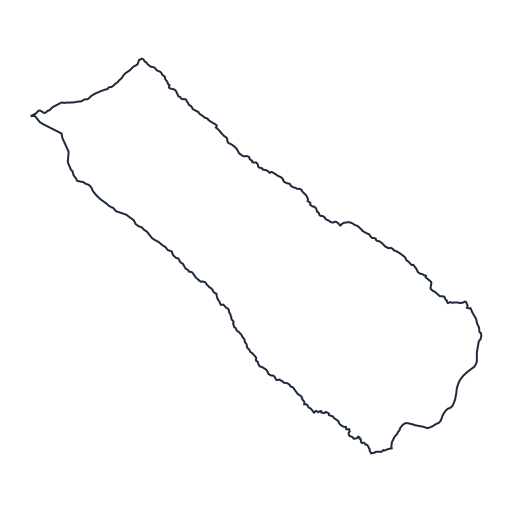 Brasilândia, Mato Grosso do Sul, Brazil
{"feature_id": "56859067B25661728883389", "entity_name": "Brasilândia", "entity_type": "district", "adm_level": 2, "iso_a3": "BRA", "parent_name": "Brazil", "parent_adm1": "Mato Grosso do Sul", "projection": "albers", "projection_center": [-52.472, -21.061], "detail": "fine", "context": "isolated", "style": "outline", "palette": "slate", "viewbox_px": 512, "rotation_deg": 0, "n_neighbors": 0, "source": "geoboundaries", "source_scale": "gbopen_adm2", "svg_char_len": 6018}
<svg xmlns="http://www.w3.org/2000/svg" viewBox="0 0 512 512"><path d="M476.9,360.4L476.8,353.1L477.5,348.7L478.8,341.2L480.4,339.5L481.1,337.2L481.3,335.2L481.0,333.2L479.5,332.1L479.0,327.6L477.1,323.5L476.1,318.9L472.6,313.0L470.5,308.2L468.5,308.3L467.0,307.8L467.6,305.5L466.0,301.9L464.5,301.6L463.5,302.4L462.1,302.8L459.7,303.0L457.0,302.4L451.6,302.7L450.2,302.1L448.0,303.1L447.0,301.9L446.7,300.3L445.5,299.6L444.6,297.1L443.6,296.4L442.5,296.5L441.5,296.2L439.9,296.2L434.9,291.8L433.2,291.1L430.6,288.9L430.7,286.3L431.4,283.4L431.1,281.9L425.6,277.2L426.0,275.7L423.9,275.2L422.6,274.2L420.3,273.7L418.7,272.7L417.8,271.9L416.4,268.9L413.4,264.9L411.9,265.0L410.9,264.4L408.9,262.0L406.4,260.3L405.4,257.9L404.5,256.8L399.9,253.3L395.9,251.0L393.8,250.4L393.0,249.1L391.0,247.8L389.4,248.2L387.9,248.0L386.6,247.0L385.4,246.7L381.6,242.7L378.8,241.1L377.0,240.9L375.9,239.8L375.7,238.6L373.9,238.0L372.8,238.1L371.8,237.7L370.5,236.4L369.2,234.3L366.6,233.3L362.5,230.9L361.8,229.8L357.6,226.0L354.4,224.8L353.2,223.8L350.1,222.4L347.9,222.2L343.6,222.9L341.5,224.2L341.0,225.2L339.9,225.4L338.3,223.3L337.1,222.4L336.1,221.9L334.6,221.7L333.5,222.5L332.5,222.6L329.9,221.7L328.9,220.6L327.1,220.0L325.5,218.9L324.7,217.4L323.7,216.7L322.6,216.0L320.8,215.9L319.6,215.3L318.9,213.2L318.2,212.3L317.0,211.7L316.4,209.0L315.5,207.8L314.2,206.6L312.6,206.5L310.2,204.8L310.3,202.7L307.6,201.1L308.0,199.5L307.6,198.0L306.8,196.9L306.6,195.8L302.3,191.5L301.6,190.1L300.7,189.2L299.3,188.9L297.1,188.8L295.1,187.7L293.9,187.5L291.3,186.3L289.7,183.8L286.8,183.2L284.1,181.8L283.1,180.2L282.7,178.7L281.6,177.7L280.0,176.7L278.5,176.2L272.6,172.3L271.0,172.0L269.7,172.9L267.5,170.8L266.3,170.2L262.8,169.6L262.1,168.3L259.0,167.5L258.1,166.5L257.9,164.9L257.3,163.7L256.4,162.6L255.2,162.4L253.6,162.6L252.1,161.9L252.1,160.7L249.8,159.3L249.1,157.1L247.7,156.3L246.5,156.0L245.2,156.4L242.9,156.0L241.7,155.3L240.7,154.3L239.3,153.6L236.8,149.0L234.7,146.8L231.8,144.6L228.2,142.8L227.6,141.7L226.9,137.9L224.0,135.9L220.9,132.7L220.0,131.3L217.2,128.5L215.9,127.6L216.8,126.0L216.3,124.9L211.0,121.8L208.1,119.7L207.6,118.6L204.8,117.8L203.9,116.8L199.1,113.5L198.6,112.2L192.8,109.1L191.2,106.1L189.7,105.4L188.6,104.4L188.0,102.8L186.9,101.5L186.3,99.9L185.3,99.2L182.1,99.1L181.0,98.3L180.1,97.0L178.4,96.3L176.1,91.2L175.1,90.1L173.9,89.3L169.6,88.3L168.9,87.0L169.5,85.1L168.2,84.3L167.2,81.6L165.3,79.4L164.8,76.7L162.2,74.7L161.3,72.9L160.0,71.6L157.4,70.7L156.6,70.1L155.6,68.7L154.3,67.6L152.7,67.0L151.0,66.8L149.9,66.1L147.6,64.2L146.1,62.2L144.8,61.6L143.9,60.1L142.8,59.0L141.6,58.7L140.4,59.5L139.1,59.9L137.7,64.0L136.7,65.0L133.2,66.8L129.7,70.4L125.7,73.0L123.5,75.3L121.6,78.2L119.1,80.4L117.6,82.3L115.1,83.9L113.8,85.3L111.4,87.1L109.3,87.1L108.2,88.0L107.5,89.1L104.7,89.7L99.2,91.8L98.2,92.4L96.2,93.0L91.6,95.7L88.5,98.6L87.6,99.1L86.6,99.4L85.4,99.3L83.9,99.7L82.5,100.7L80.6,101.5L77.6,101.6L74.0,102.4L65.3,102.7L64.1,103.0L62.6,102.5L61.4,102.6L52.6,107.2L49.3,110.4L47.7,110.8L45.4,112.8L44.0,112.9L40.0,110.5L38.5,110.7L36.1,113.3L30.7,116.1L34.9,115.9L39.6,121.9L42.2,123.7L61.5,133.5L62.4,138.1L68.4,151.2L68.6,152.9L67.8,161.7L68.2,163.2L70.7,169.2L71.5,170.5L72.4,171.0L73.6,175.3L76.0,178.4L76.5,179.8L77.5,181.0L83.4,182.1L85.7,183.8L87.7,184.4L89.3,185.2L91.2,187.3L92.7,190.7L93.6,192.0L96.7,195.7L100.0,198.9L106.2,203.4L108.8,205.7L111.6,207.4L113.0,207.7L116.0,211.2L126.1,214.6L133.7,220.2L135.7,224.1L137.3,225.4L139.2,226.5L141.6,227.3L144.4,230.1L146.7,231.4L152.0,238.1L154.3,239.7L158.8,242.1L161.8,244.7L163.8,246.2L165.4,246.9L167.3,249.6L168.4,250.3L171.2,251.2L172.0,251.8L172.7,254.5L173.5,255.5L175.5,257.5L176.6,258.1L178.0,258.3L179.0,259.6L180.3,262.2L182.9,263.9L185.5,268.4L186.4,269.2L187.5,269.7L188.5,270.5L188.8,271.6L191.2,272.0L192.4,272.6L195.8,277.5L199.7,280.9L201.3,281.9L202.6,281.4L204.9,282.1L205.9,283.0L206.5,284.3L209.6,287.4L210.9,288.1L212.4,289.6L213.2,291.3L214.1,292.5L216.5,293.8L216.5,295.2L217.6,299.0L219.6,301.9L220.0,303.4L220.8,304.8L223.2,304.6L224.9,306.2L225.7,307.4L227.7,308.5L228.7,309.6L229.2,312.4L230.5,314.4L230.6,315.8L231.3,317.1L231.3,318.6L231.8,319.7L233.1,320.8L233.6,322.2L233.1,323.7L234.3,327.2L235.5,327.8L236.9,330.7L239.0,332.2L241.4,334.8L242.5,337.1L244.3,339.1L245.2,342.6L246.2,343.6L246.7,344.7L247.0,347.1L247.7,348.3L248.6,348.9L249.6,350.3L250.2,351.8L252.3,353.2L255.5,356.8L256.3,358.0L255.9,359.3L256.2,360.9L257.7,361.7L258.5,364.5L259.7,366.4L262.0,367.0L265.8,369.4L267.5,371.4L268.1,373.4L269.3,374.5L270.5,375.3L273.2,375.6L274.3,376.4L276.4,380.0L277.5,380.1L279.7,379.5L280.6,380.6L282.0,380.8L282.9,381.9L283.9,382.7L287.3,383.2L289.6,384.7L290.3,386.3L292.9,387.3L297.7,394.0L301.0,396.1L302.3,398.2L302.2,399.3L304.0,401.4L304.5,402.8L304.2,404.3L305.4,404.2L307.0,404.7L308.5,407.2L309.4,408.0L310.6,408.4L314.0,412.6L316.0,410.9L318.4,412.2L319.7,411.3L321.1,411.1L321.3,412.5L324.4,413.1L325.8,411.9L328.1,413.0L329.1,413.8L328.9,415.0L330.1,415.6L332.7,416.3L333.7,417.8L338.5,421.3L338.9,422.9L340.0,424.4L342.3,426.1L343.6,426.7L345.9,427.0L346.2,429.2L347.4,429.4L349.0,429.1L349.7,431.5L348.7,432.7L348.8,434.6L349.3,435.8L352.3,437.0L353.1,437.7L353.6,438.7L355.4,438.6L357.1,438.0L358.2,436.6L359.5,437.3L359.5,438.7L360.6,438.9L361.1,442.1L361.9,443.0L363.8,442.7L364.7,443.3L365.5,444.5L367.2,445.0L368.3,446.5L368.7,447.8L369.7,449.2L369.6,450.5L371.1,453.3L374.8,452.6L376.0,451.7L381.3,451.8L382.6,451.0L383.3,450.1L384.4,450.5L389.0,448.8L391.7,448.4L391.4,446.2L391.8,442.5L394.1,437.7L395.1,436.1L396.9,434.3L397.8,432.4L399.6,430.0L400.4,427.6L402.4,425.2L404.5,423.6L406.0,423.1L407.8,423.2L412.9,424.4L414.6,425.1L422.9,426.7L427.7,428.2L432.3,426.4L435.2,424.5L439.1,422.6L440.9,420.4L442.4,416.0L443.6,413.6L445.7,410.6L447.7,408.8L450.3,407.8L452.6,405.7L455.0,400.0L456.3,393.1L456.8,388.5L457.7,385.4L458.7,382.6L460.4,379.4L463.2,375.8L467.5,371.8L474.2,366.8L475.4,365.0L476.6,362.3L476.9,360.4Z" fill="none" stroke="#1e293b" stroke-width="2"/></svg>